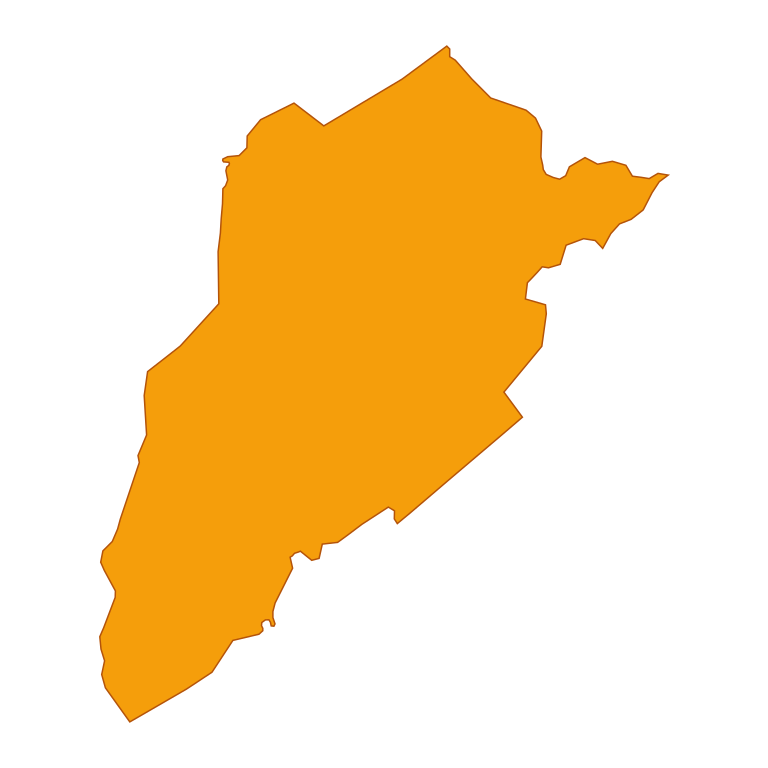 Bandiagara, Mopti, Mali (Natural Earth projection)
{"feature_id": "8926073B93084007572424", "entity_name": "Bandiagara", "entity_type": "district", "adm_level": 2, "iso_a3": "MLI", "parent_name": "Mali", "parent_adm1": "Mopti", "projection": "natural_earth1", "projection_center": [-3.556, 14.444], "detail": "fine", "context": "isolated", "style": "filled", "palette": "amber", "viewbox_px": 768, "rotation_deg": 0, "n_neighbors": 0, "source": "geoboundaries", "source_scale": "gbopen_adm2", "svg_char_len": 1708}
<svg xmlns="http://www.w3.org/2000/svg" viewBox="0 0 768 768"><path d="M668.2,175.1L658.0,173.4L649.2,178.6L641.0,177.3L632.4,176.2L625.9,165.3L612.4,161.3L597.6,164.2L585.0,157.6L569.4,166.8L565.7,175.7L559.6,179.2L553.3,177.5L546.2,174.4L543.3,169.6L542.7,165.1L540.9,157.0L541.7,131.1L535.5,118.1L526.1,110.2L490.7,98.0L471.8,79.0L455.2,60.1L449.7,56.7L449.7,49.0L446.8,46.1L402.1,79.1L323.8,125.9L294.0,103.1L260.6,119.7L247.2,136.0L246.9,147.8L239.1,155.6L227.7,156.7L222.9,159.0L222.7,160.6L223.6,161.9L228.9,162.3L229.4,163.6L228.8,165.4L226.8,166.9L225.9,170.8L227.7,180.0L225.6,185.7L222.9,188.7L222.5,203.9L221.2,218.8L220.4,233.0L218.1,251.7L218.8,303.8L204.0,320.0L180.3,346.0L173.2,351.6L147.6,371.6L144.2,395.5L146.6,435.0L138.0,455.6L139.3,462.6L120.3,519.2L117.6,529.1L112.3,541.5L102.9,550.9L100.7,562.2L104.3,570.4L115.4,590.9L115.2,597.4L103.7,627.7L99.8,636.7L101.0,649.1L104.6,660.8L101.7,674.5L105.4,687.8L129.8,721.9L186.6,689.0L212.0,672.2L232.9,640.4L259.0,634.2L262.8,630.7L262.8,628.3L261.5,625.7L261.8,622.5L265.4,619.9L268.9,619.8L270.4,622.2L271.2,625.9L273.9,626.2L275.0,623.9L272.9,617.6L272.9,611.5L275.1,603.0L292.6,568.2L290.1,557.2L292.3,555.9L294.5,553.3L298.5,552.0L300.4,551.2L311.7,560.3L319.1,558.4L322.3,544.1L337.6,542.4L347.6,535.1L361.9,524.3L388.3,507.1L394.5,510.8L394.3,518.9L397.3,523.6L410.8,512.4L447.5,481.0L502.0,434.7L522.4,417.2L503.9,392.1L541.8,346.3L546.3,313.8L545.5,304.8L525.4,299.0L527.4,282.7L531.4,278.6L537.4,272.2L542.2,266.8L548.5,267.8L560.2,264.3L566.1,245.2L583.6,238.7L595.2,240.5L602.7,248.4L610.8,233.6L619.5,223.9L631.2,219.3L643.2,209.9L652.1,192.6L659.2,181.8L668.2,175.1Z" fill="#f59e0b" stroke="#b45309" stroke-width="1.5"/></svg>